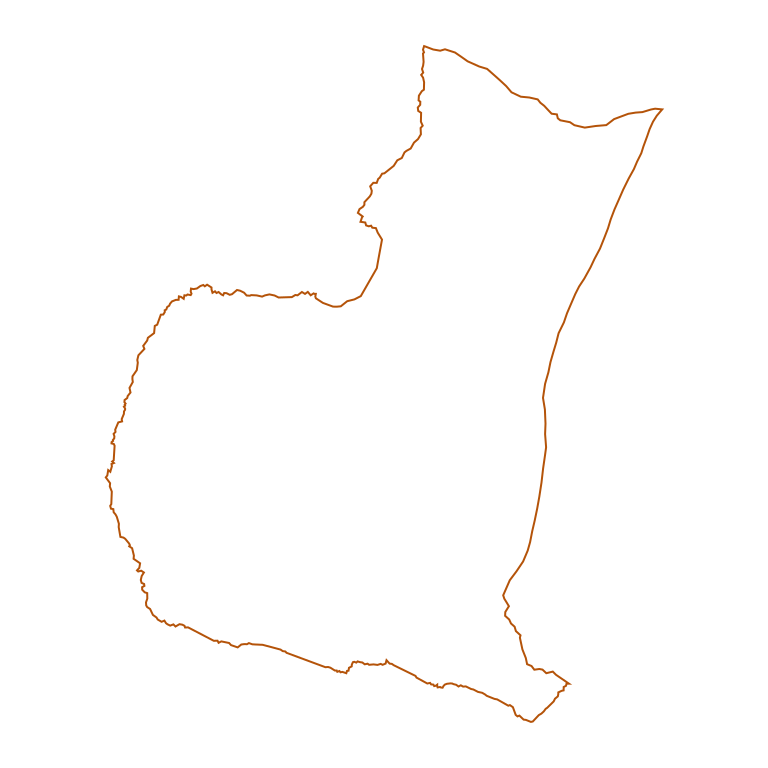 the district of Luba, Bioko Sur, Equatorial Guinea
{"feature_id": "11065452B69220194361963", "entity_name": "Luba", "entity_type": "district", "adm_level": 2, "iso_a3": "GNQ", "parent_name": "Equatorial Guinea", "parent_adm1": "Bioko Sur", "projection": "mercator", "projection_center": [8.565, 3.411], "detail": "fine", "context": "isolated", "style": "outline", "palette": "amber", "viewbox_px": 768, "rotation_deg": 0, "n_neighbors": 0, "source": "geoboundaries", "source_scale": "gbopen_adm2", "svg_char_len": 5568}
<svg xmlns="http://www.w3.org/2000/svg" viewBox="0 0 768 768"><path d="M424.1,46.1L423.0,49.7L424.0,52.4L423.0,53.5L423.6,61.9L423.1,65.7L422.0,69.0L423.2,72.6L421.2,74.9L423.1,77.7L424.1,82.3L423.9,89.7L421.8,91.2L418.9,95.7L418.6,100.4L420.3,101.7L420.2,104.8L417.8,107.5L418.2,110.9L421.1,112.8L420.9,121.7L422.7,125.7L420.6,128.0L420.9,134.3L418.0,139.1L414.0,142.6L410.7,148.5L406.4,150.9L404.5,152.4L401.8,158.0L397.3,160.3L393.7,165.9L384.4,173.3L382.1,173.7L379.7,177.7L378.2,178.9L376.7,182.9L373.3,182.8L370.2,186.3L371.8,190.8L371.4,193.7L369.8,196.4L364.4,202.2L364.4,204.8L362.9,206.8L359.5,209.1L357.9,212.9L362.7,216.5L362.0,217.4L360.5,221.8L365.3,222.5L366.1,225.4L368.8,226.3L371.1,225.7L372.3,227.7L375.9,228.1L377.7,232.6L382.0,239.6L378.5,258.6L376.8,268.2L360.8,296.1L354.4,299.4L347.2,301.2L340.8,306.3L336.6,306.7L333.0,306.6L322.9,302.9L315.9,298.3L315.3,296.6L315.8,293.9L314.5,293.9L313.6,293.4L310.7,295.3L307.8,291.9L305.0,293.9L301.9,292.0L297.6,295.3L295.3,295.0L291.9,297.1L278.6,297.5L274.6,295.5L269.4,294.4L264.9,295.4L262.1,296.6L256.7,295.4L251.2,295.1L249.9,295.7L246.6,295.5L244.1,292.7L240.1,290.7L237.0,290.0L232.0,294.2L229.7,294.8L226.6,293.2L224.2,293.0L223.1,295.3L221.3,294.4L218.6,292.0L216.5,293.0L215.0,291.3L212.5,292.8L211.5,289.4L211.5,287.5L207.1,284.7L204.8,286.3L203.3,285.0L200.4,286.0L196.9,288.5L193.5,289.1L191.0,288.6L190.7,291.6L191.5,293.7L190.7,295.1L187.5,294.5L186.3,295.5L184.4,295.3L183.7,298.8L181.0,296.9L178.9,296.4L178.6,299.8L175.8,299.9L172.0,301.4L170.1,303.6L169.2,305.7L167.2,307.0L166.3,309.5L164.7,310.3L164.8,312.0L163.3,314.5L160.8,314.7L157.2,324.7L154.8,325.9L154.1,333.1L147.9,337.8L147.2,340.5L143.2,345.9L144.4,348.9L138.4,355.3L137.3,360.0L137.8,362.7L136.8,370.1L132.5,376.3L132.4,379.0L132.8,382.0L129.5,387.9L130.5,392.5L127.7,396.0L127.2,398.1L124.6,400.0L124.4,402.1L125.6,403.6L124.7,404.8L125.1,405.7L123.9,406.7L125.1,408.4L125.1,409.7L124.0,411.4L123.9,413.9L121.7,419.1L122.1,421.4L118.3,422.4L115.2,429.7L115.5,431.9L113.6,433.9L114.4,436.3L114.2,438.4L112.9,440.0L113.1,440.9L111.6,442.1L111.5,443.4L113.8,444.0L114.6,445.7L113.7,460.3L112.2,461.5L113.9,463.0L111.5,464.0L111.9,466.3L110.3,471.8L108.2,470.1L107.3,475.5L105.8,477.4L110.1,483.2L109.8,486.5L111.8,491.6L111.3,504.1L110.2,505.9L111.0,508.7L113.3,509.1L113.7,512.3L115.5,514.4L116.8,516.8L118.9,523.8L118.7,527.1L120.4,536.9L123.5,537.6L125.2,538.8L129.1,543.5L129.9,545.2L129.2,546.3L132.1,548.2L133.9,555.6L133.6,558.8L140.1,563.3L139.3,567.9L137.0,570.4L138.2,571.5L141.2,570.7L143.9,572.5L141.7,576.0L140.8,580.0L141.6,582.9L144.1,584.0L144.4,585.9L142.1,587.2L142.2,589.7L144.7,592.3L147.2,593.1L147.3,598.6L146.0,602.4L146.2,605.4L147.2,607.1L150.1,609.0L152.9,614.9L156.5,617.5L157.7,619.5L161.6,621.8L164.4,620.6L166.0,623.2L167.5,624.3L170.2,625.6L173.4,624.4L175.5,626.5L179.5,624.2L182.4,624.7L184.5,625.8L185.1,627.5L188.1,627.4L213.8,640.8L217.5,640.7L218.6,642.8L221.3,641.4L229.1,643.0L231.0,645.1L237.7,647.4L241.3,644.5L244.3,644.1L247.0,644.2L248.9,643.1L252.3,644.3L255.6,644.5L256.3,644.5L259.9,644.7L262.6,644.8L267.5,646.1L268.0,646.2L280.6,649.6L282.7,651.1L285.4,651.5L286.5,652.8L325.4,667.2L328.1,667.0L330.4,667.7L334.8,670.5L336.7,670.5L337.3,671.8L339.4,671.0L340.5,672.3L342.4,671.9L346.3,673.2L347.0,670.9L348.5,670.7L349.0,667.8L351.7,666.4L351.8,664.7L352.9,662.2L354.2,661.8L356.3,662.6L357.6,661.4L359.8,662.1L362.4,662.5L364.7,664.3L367.6,663.7L369.1,664.8L373.5,664.4L377.5,664.9L380.7,663.9L382.6,664.8L385.6,663.6L386.5,660.2L389.6,663.6L391.9,663.9L393.7,665.2L415.5,675.9L416.5,677.6L427.3,683.5L430.1,682.9L431.1,684.4L433.4,684.6L434.2,686.1L435.9,685.7L437.2,684.7L437.2,686.1L437.6,687.4L440.1,687.0L440.9,687.5L442.6,687.7L443.5,686.0L444.8,684.6L446.9,683.8L450.3,683.4L452.2,683.5L453.4,684.1L456.2,684.8L458.5,686.5L460.8,685.3L463.1,686.6L465.8,686.4L471.1,689.0L473.4,689.5L478.0,691.9L482.2,692.8L485.1,694.5L486.7,695.8L494.5,698.9L497.2,699.4L508.3,705.7L509.9,705.1L512.9,707.2L515.7,714.9L517.5,716.4L519.4,715.6L523.6,719.6L525.9,719.9L530.9,721.9L532.8,721.5L538.8,715.1L541.4,713.6L543.8,711.4L545.7,708.8L547.2,707.8L553.7,701.4L555.0,698.7L557.8,696.4L558.3,694.1L558.3,692.4L561.7,690.8L563.6,690.4L563.7,687.0L566.0,685.8L566.5,683.7L569.0,683.7L556.0,674.8L552.8,671.6L546.3,673.2L542.5,669.6L539.3,669.0L534.3,669.7L531.5,666.0L527.1,664.2L525.8,658.0L522.4,649.4L519.9,637.7L520.5,635.3L515.9,631.1L514.6,626.7L511.0,623.5L509.2,619.5L505.1,615.8L505.3,612.0L508.9,606.2L506.6,602.4L504.3,598.7L503.2,595.3L509.8,580.2L516.5,571.3L523.1,561.5L527.7,550.6L530.1,542.1L532.2,531.3L534.7,520.6L537.2,508.5L539.3,496.8L541.5,482.5L543.1,468.5L545.0,455.4L546.1,447.3L545.1,434.1L545.5,423.6L544.9,409.5L543.0,397.9L545.1,383.8L548.4,372.3L550.5,362.0L553.5,351.6L556.2,342.7L558.6,333.2L563.9,322.4L567.0,313.3L571.5,302.8L575.3,294.0L579.1,286.5L584.3,278.6L590.5,267.4L594.5,258.9L600.0,248.6L604.4,237.6L608.0,228.3L610.7,219.4L614.5,209.4L618.7,199.9L623.2,189.6L628.7,178.5L633.9,169.1L637.1,161.6L641.3,153.2L643.4,146.5L647.2,136.2L649.6,129.2L653.0,121.7L656.8,115.7L662.2,109.4L655.1,108.7L651.0,109.5L642.4,112.1L635.6,112.6L628.3,113.8L614.1,119.1L606.3,125.1L595.7,126.0L584.8,127.6L574.4,125.2L570.0,122.2L560.3,120.3L557.8,118.3L556.9,114.4L551.6,113.7L548.0,109.9L544.2,105.8L540.4,102.8L537.7,99.4L529.3,97.5L520.8,96.7L511.5,92.3L506.2,86.1L499.3,79.7L492.1,73.3L487.1,68.9L479.2,66.5L467.6,61.3L461.1,56.7L455.0,52.5L445.0,49.3L440.2,50.7L433.2,49.5L425.6,46.6L424.1,46.1Z" fill="none" stroke="#b45309" stroke-width="2"/></svg>